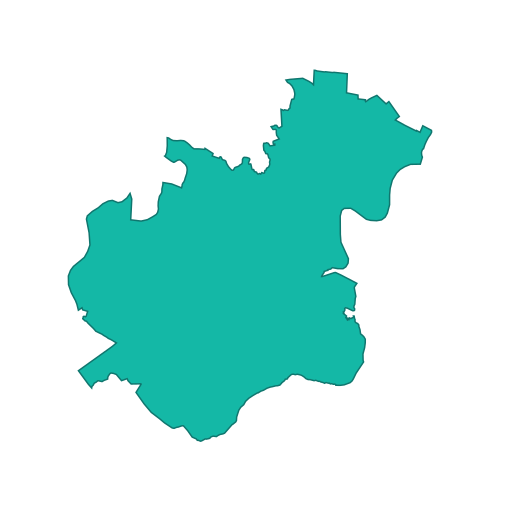 outline of Ardusat, Maramures, Romania, rotated 259°
{"feature_id": "2599482B14412125408944", "entity_name": "Ardusat", "entity_type": "district", "adm_level": 2, "iso_a3": "ROU", "parent_name": "Romania", "parent_adm1": "Maramures", "projection": "natural_earth1", "projection_center": [23.375, 47.634], "detail": "fine", "context": "isolated", "style": "filled", "palette": "teal", "viewbox_px": 512, "rotation_deg": 259, "n_neighbors": 0, "source": "geoboundaries", "source_scale": "gbopen_adm2", "svg_char_len": 6091}
<svg xmlns="http://www.w3.org/2000/svg" viewBox="0 0 512 512"><g transform="rotate(259 256 256)"><path d="M427.2,348.6L413.1,345.1L414.8,343.9L417.3,341.3L421.5,335.8L422.9,322.9L423.0,319.0L420.4,320.1L418.8,322.0L416.0,323.8L412.1,325.0L408.5,325.1L407.1,324.9L404.2,323.8L402.9,323.1L402.8,322.4L403.1,321.5L402.8,320.9L396.7,318.0L394.8,317.7L394.5,316.8L393.0,315.4L392.9,315.0L393.2,314.0L394.1,311.8L393.6,310.5L394.5,309.7L395.2,308.5L378.4,306.2L377.3,303.3L377.4,302.8L377.9,302.3L378.9,301.7L380.0,301.4L380.4,300.9L380.7,299.4L380.1,298.0L380.2,296.7L380.1,295.5L377.0,296.8L376.9,297.0L376.6,299.3L375.8,300.0L373.5,299.5L370.6,299.3L366.5,301.1L365.3,294.8L364.3,294.4L362.7,294.4L362.4,294.7L362.3,295.8L361.2,295.6L361.4,290.8L364.3,289.5L365.1,288.1L364.9,286.5L365.2,285.3L364.9,285.0L362.9,284.3L358.4,283.9L357.0,284.7L354.7,285.1L354.3,285.9L354.3,286.5L353.6,287.0L350.0,287.2L348.8,288.1L347.6,288.2L345.6,287.2L343.7,287.1L342.9,286.8L340.9,285.4L340.1,283.2L339.6,282.8L338.6,282.5L338.3,281.2L338.0,280.9L336.0,280.2L335.8,279.6L335.9,279.0L336.8,277.6L335.5,276.3L336.3,275.2L336.0,273.9L336.1,273.4L337.1,272.8L338.2,272.5L339.2,270.5L341.0,270.3L341.4,270.0L341.5,268.9L342.2,268.6L347.2,268.5L347.5,268.0L347.3,267.0L347.4,266.6L347.8,266.5L348.4,266.4L349.6,266.8L351.8,268.3L352.9,268.2L353.3,267.8L354.4,265.9L355.1,263.5L355.0,262.5L353.5,261.2L350.1,260.4L349.0,259.4L348.4,257.5L347.4,256.0L347.0,252.9L346.8,252.2L346.5,251.7L344.7,250.3L344.6,249.8L344.8,248.7L346.2,247.6L349.0,246.0L352.3,244.8L354.8,244.5L355.9,243.6L356.7,241.9L357.3,241.3L359.8,240.6L360.2,239.9L359.9,239.1L358.9,238.5L362.5,232.1L364.8,233.4L371.4,226.5L370.4,226.1L371.9,220.9L373.0,215.6L375.1,213.6L377.7,212.0L380.1,210.1L382.0,208.3L382.9,207.1L383.8,204.2L384.2,200.4L385.2,196.6L386.7,194.5L388.5,192.8L389.1,191.4L381.0,189.9L374.8,188.1L371.8,186.2L371.5,185.4L370.0,186.6L365.4,190.9L363.7,193.0L363.7,193.8L365.0,197.4L365.0,199.3L364.4,200.4L359.3,204.2L356.4,205.1L353.7,204.9L350.1,203.7L345.9,201.3L344.0,200.4L342.1,199.0L341.9,198.5L340.3,197.2L338.9,196.8L337.1,195.9L342.8,187.0L345.9,178.7L343.8,178.2L339.9,176.5L336.8,175.8L335.7,175.2L333.0,172.6L327.8,170.4L323.9,169.5L320.7,169.2L317.6,167.8L315.8,166.1L314.2,162.0L312.4,156.5L312.3,154.5L312.2,149.9L315.4,139.9L335.6,144.9L341.5,144.3L337.6,140.4L334.8,134.8L334.7,130.7L338.0,125.6L338.1,121.5L336.5,115.7L333.4,110.3L331.0,103.9L327.6,98.1L324.6,96.6L310.6,96.6L298.5,95.1L292.7,91.7L287.4,87.3L280.6,74.8L277.3,71.2L272.2,68.0L263.6,66.5L255.2,67.7L246.7,70.3L242.8,71.0L236.7,71.3L238.4,75.3L236.2,75.6L233.8,80.2L229.3,77.8L228.9,76.9L229.6,75.8L229.6,75.2L229.2,74.7L228.2,74.5L227.7,74.0L227.4,74.0L224.8,75.9L224.5,76.8L224.2,77.2L222.1,78.3L215.9,82.6L212.6,84.5L208.5,90.1L207.3,91.1L204.9,93.9L203.3,95.3L201.6,97.7L197.3,102.4L194.6,97.6L177.3,59.8L162.0,67.0L157.8,69.5L159.2,70.0L160.4,71.7L162.0,72.9L162.6,74.9L163.7,76.9L163.6,77.5L162.1,80.9L162.9,83.2L163.5,86.9L165.1,87.3L166.3,88.0L168.4,90.2L168.8,91.3L168.0,93.6L166.4,96.3L159.3,100.2L160.2,106.1L157.9,106.6L154.2,109.0L152.5,118.6L152.0,118.7L145.0,112.2L132.1,118.0L122.4,123.4L114.8,130.2L109.6,134.4L103.2,140.9L102.5,142.7L103.0,145.6L102.9,146.9L103.4,150.3L103.4,151.4L103.1,152.4L97.6,155.6L90.4,158.8L87.8,162.5L86.3,163.2L86.1,164.2L84.8,166.2L84.9,167.4L86.1,171.2L85.7,172.7L85.8,173.3L85.7,174.1L85.9,174.9L85.8,175.7L87.0,177.3L87.3,179.0L87.3,179.8L86.3,182.7L87.1,184.5L87.7,186.8L87.7,189.6L88.1,191.4L95.1,200.4L95.2,201.0L97.0,204.4L98.2,205.4L101.7,206.3L107.9,209.7L110.4,212.1L112.4,215.6L115.3,218.0L117.8,221.9L119.7,226.5L121.4,231.4L121.2,231.8L122.4,235.0L122.8,237.8L124.1,241.5L124.6,244.9L124.6,247.4L124.8,250.7L124.5,252.8L124.7,253.2L124.7,254.8L125.6,255.7L125.9,256.6L126.6,257.0L127.9,259.7L128.7,260.7L129.5,261.2L129.3,263.1L129.8,263.7L130.4,263.9L132.6,267.5L133.0,268.6L132.9,270.1L132.0,271.9L132.1,273.9L130.7,277.1L129.8,278.4L127.9,280.3L126.1,281.6L124.8,283.5L124.3,285.6L122.6,289.1L122.5,289.9L122.6,290.9L121.1,293.3L120.8,294.7L120.1,295.4L118.9,297.9L118.0,299.0L118.4,300.6L117.4,302.7L117.1,304.0L116.4,304.4L116.2,304.9L116.2,306.0L115.3,307.5L115.2,308.9L114.6,309.7L113.9,309.7L113.0,313.8L112.7,318.0L113.7,324.2L115.0,326.4L116.8,328.1L121.9,331.9L131.5,341.4L133.1,341.2L139.4,342.3L145.2,345.1L150.0,346.7L153.5,347.4L156.1,346.5L157.9,345.3L159.6,343.8L163.9,344.0L167.5,343.5L168.6,343.8L170.4,342.9L171.1,341.7L172.4,340.8L173.0,340.7L174.8,341.1L175.9,340.8L178.3,340.9L178.5,340.2L177.0,340.3L177.1,339.3L176.8,338.6L176.8,337.8L176.5,337.5L176.6,336.9L177.3,336.1L175.9,335.1L176.7,334.7L175.7,333.6L176.1,333.3L177.4,334.5L177.7,333.6L177.6,333.4L178.2,333.0L177.9,332.7L178.4,332.4L179.8,333.4L182.8,330.9L183.1,330.8L183.3,331.4L184.4,331.1L184.5,331.6L185.0,332.2L186.1,333.0L187.5,333.0L188.1,334.0L187.3,335.8L183.8,340.5L183.6,341.7L184.0,342.4L185.3,342.8L186.8,342.2L188.3,342.7L189.8,343.8L195.3,345.3L197.3,346.3L205.9,346.4L206.8,346.7L209.9,349.8L221.0,335.9L224.5,331.1L224.7,330.6L224.7,329.4L223.5,319.9L223.2,316.9L223.3,316.5L224.3,317.1L226.7,319.6L227.9,320.0L228.0,321.7L228.4,323.3L228.1,323.7L228.3,324.0L228.9,324.1L228.9,326.8L230.0,328.7L228.0,333.8L226.9,339.0L228.2,342.1L231.4,345.0L235.7,346.2L253.3,342.0L261.1,342.9L279.2,346.3L284.4,348.8L285.9,351.7L284.8,358.1L281.3,362.0L271.0,371.3L269.1,375.3L267.6,381.2L267.5,386.1L269.5,390.2L273.0,393.1L280.8,396.9L290.5,398.8L296.8,400.6L304.5,404.3L310.6,409.8L313.4,413.9L315.3,419.0L316.5,425.2L314.8,434.8L321.3,438.2L323.0,437.9L324.5,438.0L326.0,438.2L327.6,438.9L328.9,439.9L329.4,440.6L329.3,440.9L333.1,443.0L336.1,445.1L339.5,447.8L341.9,450.4L344.0,452.0L345.0,452.2L345.9,452.2L352.0,444.6L346.1,440.6L348.6,437.5L348.1,437.2L356.0,426.9L362.9,418.7L364.4,420.9L365.6,423.3L382.2,415.9L380.5,412.7L390.6,405.3L389.1,399.3L388.3,396.9L386.5,393.2L387.7,392.8L388.5,393.2L390.7,386.2L394.5,386.8L398.9,376.0L417.5,380.4L421.4,367.6L421.5,366.1L423.6,359.3L423.6,358.3L426.0,351.2L426.9,349.7L427.2,348.6Z" fill="#14b8a6" stroke="#0f766e" stroke-width="1.5"/></g></svg>